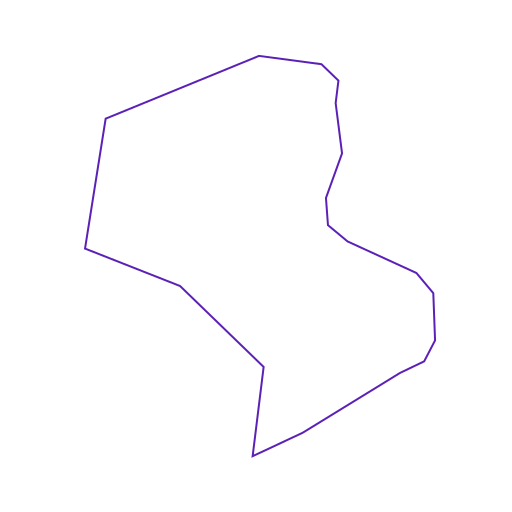 an SVG outline of Airai, rotated 258°
{"feature_id": "PLW-5245", "entity_name": "Airai", "entity_type": "state/province", "adm_level": 1, "iso_a3": "PLW", "parent_name": "Palau", "parent_adm1": "", "projection": "mercator", "projection_center": [134.557, 7.394], "detail": "fine", "context": "isolated", "style": "outline", "palette": "violet", "viewbox_px": 512, "rotation_deg": 258, "n_neighbors": 0, "source": "natural_earth", "source_scale": "10m", "svg_char_len": 403}
<svg xmlns="http://www.w3.org/2000/svg" viewBox="0 0 512 512"><g transform="rotate(258 256 256)"><path d="M421.6,137.5L451.1,300.5L430.0,359.9L410.4,373.1L389.0,365.7L338.5,361.5L298.2,336.5L271.2,332.8L251.2,348.6L206.0,409.4L182.8,421.7L136.2,413.6L118.0,398.6L111.7,372.6L73.4,264.9L60.9,211.1L145.9,240.4L242.4,175.5L298.8,90.3L421.6,137.5Z" fill="none" stroke="#5b21b6" stroke-width="2"/></g></svg>